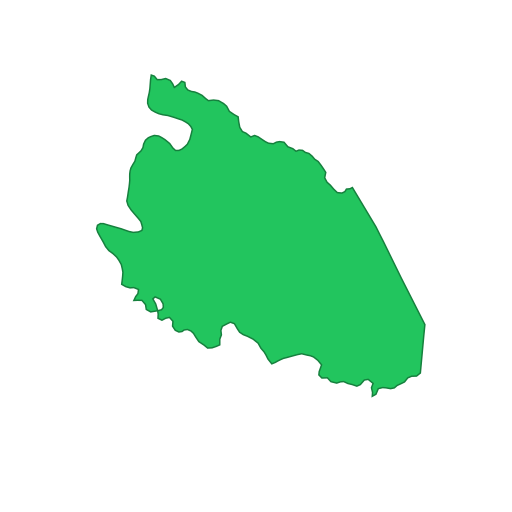 Irineópolis, Santa Catarina, Brazil, rotated 313°
{"feature_id": "56859067B50137871247887", "entity_name": "Irineópolis", "entity_type": "district", "adm_level": 2, "iso_a3": "BRA", "parent_name": "Brazil", "parent_adm1": "Santa Catarina", "projection": "equal_earth", "projection_center": [-50.782, -26.356], "detail": "fine", "context": "isolated", "style": "filled", "palette": "green", "viewbox_px": 512, "rotation_deg": 313, "n_neighbors": 0, "source": "geoboundaries", "source_scale": "gbopen_adm2", "svg_char_len": 3365}
<svg xmlns="http://www.w3.org/2000/svg" viewBox="0 0 512 512"><g transform="rotate(313 256 256)"><path d="M143.7,177.1L144.8,181.7L146.8,185.6L149.6,188.2L151.4,192.9L148.0,195.3L144.2,195.7L140.2,197.0L142.8,199.5L145.8,202.9L145.1,208.4L142.1,212.2L143.3,217.1L148.9,221.4L146.8,224.1L143.6,226.8L144.9,231.0L148.9,232.4L152.1,234.6L151.6,239.8L147.8,242.8L146.6,247.6L147.8,251.4L150.3,253.4L152.9,253.9L155.5,256.0L156.8,259.5L156.8,263.1L155.7,267.0L154.4,272.6L155.4,278.7L155.7,283.4L158.9,286.5L162.8,288.6L166.3,290.1L170.5,286.2L174.7,284.5L177.6,281.1L181.6,279.3L186.5,281.0L190.1,282.4L191.8,286.4L190.1,291.9L189.1,296.0L189.8,300.3L191.5,304.6L193.2,310.5L193.7,317.0L191.9,322.5L191.4,327.3L190.4,330.8L188.8,335.1L187.9,341.1L191.4,342.7L194.0,343.5L196.9,344.6L199.9,345.9L202.8,347.8L205.1,349.2L209.0,351.6L212.2,353.6L215.7,356.1L218.3,360.8L220.2,363.9L221.4,366.9L221.9,372.4L221.1,378.2L217.7,379.7L214.5,381.1L211.9,383.1L211.7,387.4L215.6,391.3L215.2,396.5L218.1,401.7L221.6,403.6L224.0,405.8L225.4,410.1L227.6,414.0L229.6,418.5L233.1,420.0L236.3,419.9L239.2,419.8L242.3,422.2L242.7,428.5L238.4,430.3L235.7,434.3L232.7,436.7L236.7,438.0L242.4,435.9L246.1,438.3L248.2,440.9L250.8,444.9L253.9,447.1L257.6,447.5L262.0,449.3L265.2,450.5L270.4,450.1L274.2,451.8L277.7,455.3L282.5,456.0L312.2,433.0L321.0,426.3L339.0,377.1L353.4,339.4L356.3,331.4L359.1,323.9L371.8,279.8L369.3,278.9L366.6,276.5L363.7,277.1L360.6,275.9L357.8,272.2L357.9,267.1L358.5,262.1L358.4,257.6L360.0,252.9L364.7,250.0L365.7,246.2L366.7,241.7L367.5,237.0L366.8,232.9L367.3,229.0L367.1,224.8L365.4,221.4L365.0,218.0L362.8,215.2L359.9,213.8L359.6,209.7L357.6,204.8L358.3,198.9L355.8,195.3L353.2,193.3L349.9,192.1L347.0,188.2L346.0,184.9L345.3,180.7L344.6,176.3L343.2,172.8L339.5,171.0L339.0,165.0L337.7,161.2L339.0,156.4L342.3,151.9L345.6,148.0L344.5,143.7L343.6,137.9L345.5,132.4L345.4,128.6L344.1,122.7L341.1,118.6L337.1,115.2L336.8,111.7L336.7,107.0L335.4,102.4L334.2,99.4L332.3,96.6L330.9,92.9L331.5,89.0L334.4,85.6L333.1,82.4L328.7,82.4L323.6,81.3L325.1,77.5L325.9,73.6L324.2,68.9L320.4,66.4L317.6,63.5L318.2,59.0L316.9,56.0L313.1,58.6L309.1,61.8L306.1,64.2L302.6,66.6L299.3,68.5L296.5,70.2L293.8,72.6L291.9,76.2L291.5,80.0L292.5,84.2L293.8,87.9L295.8,91.6L298.7,95.8L301.6,101.7L303.4,105.7L305.0,109.1L306.0,113.0L306.6,116.4L306.3,119.9L305.2,123.1L302.0,124.9L298.5,126.8L296.1,128.1L293.6,128.8L290.9,129.6L287.4,129.4L283.7,128.9L280.7,127.7L278.3,125.2L278.3,121.4L279.4,116.2L279.0,110.0L278.3,106.3L277.4,103.0L274.8,99.4L271.5,97.6L269.0,96.6L265.3,96.2L261.2,97.5L258.2,99.4L254.6,100.2L251.4,100.0L248.6,99.8L245.9,101.1L242.7,102.8L239.2,103.5L235.1,104.5L232.4,105.9L229.9,107.7L227.8,109.6L225.2,112.1L222.9,113.9L219.8,116.2L216.2,118.6L213.6,120.4L211.1,122.1L208.1,124.0L205.8,127.9L204.5,133.3L203.9,138.4L203.3,144.1L202.7,148.2L201.1,151.0L199.3,153.8L196.9,155.1L193.4,153.6L189.5,150.1L187.3,146.4L185.6,142.6L184.0,138.9L182.0,135.0L179.5,130.1L177.4,126.0L175.6,122.3L173.6,120.1L170.4,119.1L167.2,120.9L165.5,124.0L164.1,128.1L162.1,134.6L160.3,139.7L159.6,144.8L160.2,149.7L160.2,154.7L159.4,158.6L157.9,163.3L155.7,166.6L153.3,169.8L150.2,172.3L147.0,174.7L143.7,177.1ZM148.9,221.4L152.5,215.4L154.3,209.8L157.3,210.1L159.2,215.6L157.7,220.6L155.2,223.3L152.3,223.6L148.9,221.4Z" fill="#22c55e" stroke="#15803d" stroke-width="1.5"/></g></svg>